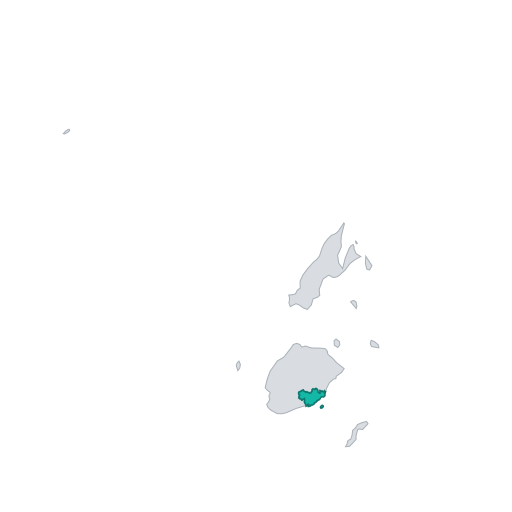 location of Serua, Central, Fiji, rotated 326°
{"feature_id": "14151628B68154180840071", "entity_name": "Serua", "entity_type": "district", "adm_level": 2, "iso_a3": "FJI", "parent_name": "Fiji", "parent_adm1": "Central", "projection": "albers", "projection_center": [177.939, -18.195], "detail": "fine", "context": "in_parent", "style": "filled", "palette": "teal", "viewbox_px": 512, "rotation_deg": 326, "n_neighbors": 0, "source": "geoboundaries", "source_scale": "gbopen_adm2", "svg_char_len": 6258}
<svg xmlns="http://www.w3.org/2000/svg" viewBox="0 0 512 512"><g transform="rotate(326 256 256)"><path d="M242.9,353.9L242.9,356.7L244.7,357.9L246.4,358.1L250.8,363.5L257.5,368.1L261.6,371.6L261.9,374.6L260.6,377.8L262.3,383.4L263.1,389.3L266.1,398.7L261.9,400.4L255.2,400.6L253.7,402.3L251.4,401.4L245.9,402.1L240.7,405.1L235.6,409.3L229.9,409.3L223.4,410.2L216.9,409.6L212.3,407.4L204.3,404.9L193.5,402.9L189.1,401.2L185.4,398.5L181.9,391.6L181.3,388.2L181.9,385.0L185.0,383.9L187.6,382.2L188.0,380.1L189.2,378.6L190.7,378.0L191.4,377.0L190.3,373.5L190.0,370.3L196.3,364.5L203.1,359.5L215.1,354.9L222.5,355.4L233.7,351.8L237.4,350.2L240.9,351.2L242.9,353.9ZM347.3,278.7L338.0,287.0L334.7,291.3L331.9,296.1L324.0,301.1L320.6,308.0L320.8,314.9L328.7,307.7L337.4,301.9L340.1,300.7L342.9,300.8L342.6,302.8L341.3,304.8L340.3,310.1L342.6,315.0L336.1,314.4L329.7,314.8L322.0,317.5L314.6,318.6L311.8,318.6L309.1,317.7L307.4,316.2L306.0,313.0L304.7,312.5L298.7,312.6L289.8,318.9L286.8,324.3L283.4,324.5L279.4,323.4L274.5,327.5L268.7,329.0L266.2,325.5L264.6,321.1L262.5,317.9L256.1,317.1L257.1,313.2L258.8,311.6L260.4,309.3L261.4,306.7L264.4,308.4L267.6,309.4L271.1,307.5L274.7,307.3L278.4,301.6L284.2,298.0L292.1,295.2L300.2,293.2L304.4,292.8L308.4,291.7L315.4,286.3L320.1,283.6L325.2,281.9L330.0,281.0L334.5,281.9L338.1,281.5L347.3,277.7L347.3,278.7ZM255.1,455.0L255.1,457.7L247.4,459.5L244.9,457.2L243.2,456.8L238.6,460.8L237.3,462.4L236.9,463.6L235.7,464.2L227.3,466.1L223.6,464.2L226.1,462.9L229.1,460.4L232.2,460.8L235.4,458.3L238.5,454.7L242.9,453.9L246.0,452.5L251.1,453.5L255.1,455.0ZM346.8,328.8L342.3,331.1L340.5,328.8L342.6,323.3L346.9,317.6L346.8,322.2L346.8,328.8ZM306.9,400.3L306.4,400.8L301.2,395.7L301.4,393.7L302.3,391.9L304.4,390.3L306.3,393.2L307.7,397.9L306.9,400.3ZM275.8,376.5L272.7,377.6L271.0,373.8L273.4,369.9L276.0,369.6L277.3,373.5L275.8,376.5ZM311.7,353.9L309.7,355.6L308.8,346.9L310.9,347.0L312.4,347.9L313.2,350.1L311.7,353.9ZM179.9,339.8L176.8,340.9L178.4,335.8L180.2,334.3L181.3,333.9L183.1,333.6L182.4,337.1L179.9,339.8ZM171.8,47.6L169.4,48.3L165.5,47.8L164.7,46.8L165.9,46.5L168.5,45.9L171.6,46.2L172.1,46.8L171.8,47.6ZM347.1,302.1L346.3,302.2L346.1,301.0L347.1,298.9L347.1,302.1Z" fill="#d9dde1" stroke="#a8b0b8" stroke-width="1"/><path d="M220.4,393.5L220.4,393.4L220.1,393.3L219.9,393.4L219.6,393.4L219.4,393.3L219.1,393.1L218.9,393.2L218.6,393.1L218.5,393.3L218.4,393.4L218.2,393.3L218.2,393.1L217.9,393.0L217.7,393.0L217.4,393.1L217.2,393.3L216.9,393.3L216.6,393.2L216.3,393.0L216.2,392.9L216.0,392.7L215.8,392.8L215.6,392.7L215.1,392.9L215.1,393.1L214.8,393.4L214.7,393.6L214.3,393.9L214.4,394.1L214.4,394.3L214.3,394.6L214.1,394.7L214.1,394.8L214.3,395.1L214.2,395.1L214.1,395.4L214.1,395.7L214.2,395.8L214.1,396.0L213.9,396.0L213.7,396.1L213.2,396.2L213.1,396.5L212.8,396.7L212.9,397.0L212.7,397.2L212.6,397.3L212.4,397.3L212.3,397.5L212.1,397.6L212.5,398.1L212.4,398.4L212.6,398.5L212.7,398.8L212.8,398.8L212.7,399.1L212.9,399.1L213.1,399.2L213.2,399.5L213.2,399.9L213.4,400.1L213.4,400.3L213.2,400.5L213.3,400.8L213.2,401.1L213.5,401.3L213.8,401.2L214.0,401.3L214.1,401.2L214.3,401.4L214.5,401.3L214.5,401.2L214.9,401.1L215.0,401.1L215.3,401.0L215.5,401.2L215.8,401.1L216.0,401.3L216.1,401.2L216.4,401.2L216.5,401.2L216.3,401.6L216.1,401.8L216.1,402.1L215.9,402.2L215.9,402.4L215.7,402.6L215.7,402.8L215.4,403.0L215.0,403.4L214.6,403.6L214.4,404.0L214.7,404.5L214.3,404.9L214.2,405.0L214.2,405.3L214.3,405.5L214.2,405.7L214.3,405.8L214.4,406.0L214.4,406.3L214.2,406.5L214.1,406.8L214.2,407.1L214.1,407.3L214.0,407.5L213.8,407.8L213.9,408.1L213.6,408.3L213.5,408.5L213.8,408.5L214.1,408.6L214.5,408.5L215.0,408.8L215.0,408.7L215.4,408.6L215.5,408.4L215.6,408.2L215.8,408.2L216.0,408.2L215.9,408.4L215.9,408.5L216.0,408.6L216.2,408.4L216.2,408.6L216.3,408.7L216.2,408.7L216.2,408.8L215.9,408.9L215.9,408.7L215.9,408.8L215.7,408.9L215.8,408.9L215.8,409.0L215.7,409.1L215.7,409.3L215.9,409.4L215.9,409.5L215.2,409.5L215.1,410.0L216.6,410.7L217.9,410.8L218.4,410.3L218.5,410.5L219.3,411.1L220.7,411.2L221.8,411.1L222.2,410.7L222.3,410.4L223.2,410.8L224.3,410.7L224.8,410.3L224.9,410.5L225.3,410.6L225.9,410.2L226.0,410.0L226.4,410.0L226.5,410.1L226.7,410.4L226.9,410.4L227.3,410.3L227.7,410.5L228.4,410.5L229.6,410.1L230.1,409.8L231.0,409.4L231.5,409.3L232.3,410.0L233.0,410.3L233.0,410.2L233.1,410.6L233.5,410.7L233.9,410.5L234.6,410.6L235.1,410.3L235.3,409.9L235.2,409.9L235.4,409.9L235.7,409.2L235.8,409.0L236.2,408.8L236.2,408.6L236.4,408.4L236.6,408.2L236.8,408.1L237.9,407.4L237.9,407.2L237.5,407.1L237.4,407.0L237.4,406.9L237.2,407.2L237.0,406.9L236.9,406.8L236.6,406.6L236.6,406.4L236.4,406.5L236.3,406.8L236.2,406.9L236.0,406.3L235.8,405.9L235.7,405.1L235.3,404.9L235.2,405.0L235.3,405.2L235.1,405.1L235.1,405.3L234.7,405.1L234.7,404.9L234.4,404.8L234.4,404.7L234.3,404.4L234.4,404.2L234.2,404.1L234.3,404.1L234.2,403.9L234.1,403.7L233.8,403.3L233.8,403.2L233.6,403.3L233.4,403.5L233.5,403.8L233.2,404.4L232.6,405.1L232.7,405.3L232.6,405.5L232.4,405.6L232.2,405.6L231.8,405.1L231.9,404.6L231.3,403.8L232.1,402.2L232.1,401.9L232.1,401.7L232.1,401.4L232.2,401.2L232.3,401.1L232.3,400.9L232.2,400.9L232.2,400.7L232.2,400.4L232.1,400.2L231.9,400.1L232.0,399.9L232.0,399.6L231.9,399.5L231.7,399.4L231.7,399.5L231.4,399.5L231.3,399.3L231.2,399.1L230.9,399.2L230.6,399.2L230.5,399.3L230.4,399.3L230.2,399.4L229.9,399.5L229.8,399.4L229.7,398.9L229.6,398.7L229.3,398.5L229.3,398.4L229.2,398.2L228.9,398.0L228.9,397.9L228.7,397.9L228.3,398.0L228.1,398.0L227.8,398.1L227.7,398.1L227.6,398.3L227.7,398.5L227.4,398.8L227.0,399.1L226.9,399.1L226.7,399.5L226.0,399.5L226.0,399.8L225.7,400.0L225.4,400.2L225.0,400.1L224.6,400.0L223.9,400.1L223.6,399.9L223.5,399.7L223.8,399.3L223.8,399.1L223.7,399.0L223.6,398.7L223.4,398.5L222.9,398.1L222.7,398.0L222.6,397.9L222.4,397.9L222.4,397.7L222.4,397.3L222.4,397.0L222.4,396.9L222.0,396.9L221.8,396.9L221.7,396.9L221.3,396.9L221.1,396.8L221.1,396.7L221.0,396.4L221.2,396.1L220.9,395.9L220.7,395.8L220.6,395.6L220.4,395.3L220.4,395.2L220.4,394.9L220.2,394.8L220.4,394.2L220.3,393.9L220.3,393.6L220.4,393.5ZM227.7,418.4L227.9,417.7L227.7,417.0L227.0,416.7L225.4,417.0L224.7,417.6L224.6,418.2L225.2,418.8L226.5,418.9L227.7,418.4Z" fill="#14b8a6" stroke="#0f766e" stroke-width="1.5"/></g></svg>